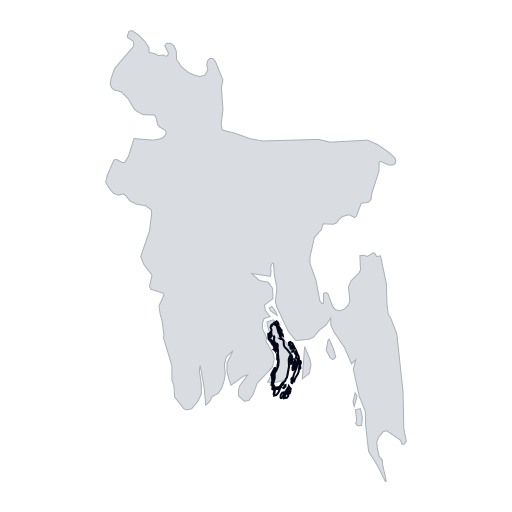 location of Bhola, Barisal, Bangladesh
{"feature_id": "16705992B37732832620169", "entity_name": "Bhola", "entity_type": "district", "adm_level": 2, "iso_a3": "BGD", "parent_name": "Bangladesh", "parent_adm1": "Barisal", "projection": "natural_earth1", "projection_center": [90.703, 22.35], "detail": "fine", "context": "in_parent", "style": "outline", "palette": "ink", "viewbox_px": 512, "rotation_deg": 0, "n_neighbors": 0, "source": "geoboundaries", "source_scale": "gbopen_adm2", "svg_char_len": 9789}
<svg xmlns="http://www.w3.org/2000/svg" viewBox="0 0 512 512"><path d="M171.9,379.8L171.9,365.7L163.5,337.8L163.9,334.8L162.2,321.4L160.1,313.9L159.0,306.0L164.1,294.6L162.1,292.8L150.8,289.3L149.5,286.4L152.0,275.1L143.9,264.5L140.7,256.6L149.5,231.0L151.7,213.2L151.1,209.8L145.8,205.8L136.5,204.2L129.9,200.9L126.0,195.9L122.8,193.8L118.7,195.3L113.6,193.4L109.3,188.4L105.7,182.3L107.1,175.7L114.0,159.9L116.5,159.5L122.4,162.5L124.6,162.5L128.5,156.3L134.0,138.6L152.9,140.1L157.5,139.5L162.2,138.1L164.8,135.9L166.2,133.1L165.7,130.6L160.0,127.3L157.7,124.8L156.1,117.7L154.4,115.0L143.0,114.7L137.1,111.4L133.9,108.5L128.2,98.8L121.1,91.7L114.2,90.0L111.6,87.7L110.2,84.0L111.0,78.7L114.6,68.5L133.4,46.5L133.9,44.0L133.2,41.2L127.7,37.7L127.4,35.9L129.0,31.3L132.1,30.7L138.5,34.9L145.1,41.7L149.0,47.8L149.1,52.5L154.2,53.5L158.5,55.6L162.9,55.0L165.8,56.2L167.7,55.7L168.5,53.0L164.8,46.0L166.6,43.2L170.9,43.3L174.0,45.9L176.3,51.2L176.6,59.5L181.7,67.0L188.3,72.4L193.5,74.8L199.8,76.6L205.2,74.9L207.9,69.6L206.7,65.0L207.6,60.8L209.7,58.5L213.1,58.6L215.6,61.9L222.9,79.9L221.4,87.8L223.0,109.6L221.1,124.0L222.2,129.5L223.5,130.4L234.5,133.1L250.6,138.9L262.8,141.0L318.3,139.4L330.4,142.2L367.4,140.1L377.5,144.6L388.5,152.1L394.7,157.6L395.8,160.8L395.1,163.5L393.1,165.0L389.3,165.1L380.6,161.5L379.1,162.5L379.0,171.1L372.0,192.7L371.0,199.4L368.5,202.1L361.2,203.4L356.4,216.0L354.4,217.6L349.6,214.8L346.6,215.3L342.8,216.4L339.1,219.3L336.5,222.9L333.6,224.2L323.2,223.9L321.2,229.8L314.4,237.4L309.8,257.7L310.1,263.9L315.9,280.1L319.9,301.0L321.5,303.2L323.4,303.4L323.5,293.7L325.4,292.5L327.8,293.6L332.7,306.5L335.5,309.8L339.8,310.8L344.7,308.8L348.4,305.0L349.8,300.9L348.5,286.8L350.9,281.0L359.3,272.5L360.5,269.8L359.9,255.7L363.1,255.2L367.4,256.4L372.8,253.0L374.4,252.9L376.7,256.5L380.5,255.9L386.4,283.9L386.9,303.7L388.3,314.7L390.3,317.2L396.8,333.7L403.0,391.7L403.8,428.6L406.3,441.1L404.3,443.9L402.2,444.5L400.3,440.1L386.6,430.7L383.2,431.7L378.6,437.1L376.7,442.1L377.5,449.2L379.1,456.2L382.3,460.2L382.6,464.6L386.3,481.2L385.2,481.3L377.8,466.2L368.6,451.4L365.6,424.8L365.4,411.6L359.2,396.2L353.3,369.3L355.8,359.8L351.5,363.9L344.7,347.8L334.0,332.0L330.8,325.0L330.7,318.1L326.1,325.0L319.8,329.8L313.5,337.1L309.2,339.2L295.8,340.6L288.0,330.9L276.9,307.2L275.4,301.8L276.9,287.9L274.3,274.7L273.5,263.1L271.5,264.1L270.7,267.3L271.1,272.2L270.3,276.3L251.7,273.6L259.6,280.6L268.2,282.2L272.6,288.4L272.9,298.7L264.5,305.0L265.2,310.2L270.1,316.6L264.2,318.4L262.6,322.6L262.4,328.5L266.6,337.6L265.9,341.2L272.9,353.1L274.3,358.9L272.5,367.0L257.2,383.3L252.8,394.9L249.0,400.3L244.3,401.3L238.6,395.9L238.5,390.2L239.7,385.7L247.7,374.9L243.3,376.3L231.0,385.3L228.6,378.0L227.0,371.3L227.0,363.1L233.0,350.7L226.3,356.9L224.4,364.6L225.2,373.6L224.3,380.0L221.6,388.4L218.0,393.4L212.2,396.6L209.6,401.6L205.7,405.2L204.3,388.4L200.2,365.6L199.3,370.5L201.4,384.6L201.3,393.8L198.1,401.0L191.6,408.8L186.7,409.9L183.8,408.7L174.6,397.0L173.9,385.9L171.9,379.8ZM284.8,380.1L273.4,382.9L267.7,382.0L278.5,361.6L278.1,352.4L276.4,345.0L270.9,339.0L270.6,334.7L268.2,328.8L266.9,322.0L273.0,319.8L277.9,323.7L279.7,331.5L282.2,337.3L290.7,349.3L290.6,356.7L288.2,374.6L284.8,380.1ZM309.2,373.4L302.3,378.9L304.6,346.6L309.7,358.6L311.0,365.0L309.2,373.4ZM335.8,357.3L332.7,359.6L329.9,357.6L326.2,350.0L328.0,340.4L329.2,339.1L333.5,348.9L335.8,357.3ZM361.6,425.4L357.6,425.8L355.7,423.5L356.6,420.2L355.5,409.8L360.5,408.7L362.4,417.5L361.6,425.4ZM357.1,396.1L354.2,406.5L353.0,401.9L355.1,392.8L357.1,396.1ZM276.0,312.1L277.1,315.4L270.8,311.1L269.1,308.0L271.9,306.4L276.0,312.1Z" fill="#d9dde1" stroke="#a8b0b8" stroke-width="1"/><path d="M270.8,332.1L271.1,332.2L271.1,331.9L271.4,331.5L271.2,332.3L271.9,336.2L271.7,335.8L271.1,336.8L269.1,337.9L268.9,338.8L270.2,339.2L272.4,341.2L273.4,342.8L274.6,343.5L274.5,341.6L273.8,340.3L274.2,337.3L273.6,335.5L274.4,337.3L273.8,340.3L274.5,341.3L274.6,342.9L277.0,343.7L277.6,344.5L277.8,345.5L277.6,347.7L278.0,350.7L277.9,354.0L278.3,356.5L278.1,358.4L278.4,359.0L278.5,358.2L278.7,361.2L278.3,365.7L276.5,370.2L274.0,374.2L274.7,373.9L274.7,378.2L273.0,384.2L275.1,387.5L276.7,387.5L278.7,387.1L280.1,386.2L282.4,382.9L285.1,381.0L286.0,378.7L287.0,377.3L289.0,366.4L288.7,359.7L289.3,357.4L290.5,355.1L290.6,354.1L287.3,349.7L284.5,346.8L283.8,344.7L283.6,340.8L283.2,340.1L282.3,339.1L280.7,339.0L280.4,338.8L281.5,338.8L279.8,336.0L279.7,334.5L278.5,332.7L276.7,325.9L274.8,324.5L273.3,324.1L272.1,324.5L271.9,325.6L271.2,325.4L270.6,327.4L271.4,329.3L271.5,330.6L270.8,332.1ZM299.4,365.4L298.5,360.2L297.4,360.4L297.5,363.5L296.7,367.4L294.1,373.7L292.5,379.4L292.5,379.8L292.7,379.3L292.9,380.9L293.5,381.4L294.1,381.2L295.0,378.6L297.9,373.7L298.7,371.5L299.4,365.4ZM279.8,389.1L275.4,389.0L274.9,390.2L274.1,395.6L276.3,395.1L278.4,392.5L279.8,389.1ZM295.0,348.6L292.4,343.4L290.2,341.9L289.0,342.6L289.0,343.1L291.2,345.7L294.1,348.5L295.0,348.6ZM271.8,383.1L272.6,382.3L273.7,378.7L273.1,374.2L273.5,373.1L273.2,372.4L272.3,372.7L271.3,375.2L272.2,376.2L272.0,377.6L272.3,380.3L271.8,383.1ZM284.2,398.2L287.0,397.7L288.2,396.1L288.4,395.0L287.3,393.9L286.6,393.7L287.7,392.7L286.7,392.9L285.6,394.4L284.4,397.4L284.2,398.2ZM281.6,398.1L282.5,397.4L283.8,394.0L283.4,392.4L282.2,392.7L280.8,394.9L280.5,397.3L280.8,398.0L281.6,398.1ZM275.9,344.0L275.4,343.9L274.1,344.1L273.3,345.4L275.0,348.6L275.6,349.0L275.6,348.7L276.4,348.9L276.4,348.4L276.0,346.3L275.2,344.9L276.1,345.9L276.0,344.7L276.3,345.5L276.8,344.5L275.6,344.1L275.1,344.1L275.3,344.6L275.0,344.2L274.3,344.3L275.0,344.0L275.9,344.0ZM298.7,356.6L297.6,354.3L296.7,354.7L296.1,356.2L296.4,357.9L297.2,358.6L298.9,358.6L298.7,356.6ZM268.4,337.0L269.1,337.0L269.2,336.7L269.4,335.2L268.9,334.4L269.4,334.8L269.7,336.5L270.1,335.0L269.9,336.6L270.4,336.6L271.0,335.9L270.5,336.5L271.0,336.6L271.4,335.1L271.0,332.6L270.6,332.6L270.2,333.6L269.6,333.2L269.2,333.7L268.3,333.8L268.4,337.0ZM290.8,388.9L289.9,387.8L288.9,388.5L288.4,389.8L288.8,392.4L289.5,393.3L289.9,393.0L289.5,391.8L289.8,391.5L290.2,391.8L290.4,391.3L290.3,389.0L290.6,389.2L290.8,388.9ZM273.4,323.7L276.3,324.2L277.8,323.9L278.2,323.4L277.7,322.2L276.6,321.3L276.2,321.8L275.5,322.0L275.4,322.5L273.9,322.9L273.4,323.7ZM281.6,330.3L280.1,328.5L279.4,330.6L281.1,334.2L281.6,331.2L280.8,330.4L281.4,330.6L281.6,330.3ZM272.3,372.4L275.0,371.3L275.3,370.5L275.3,368.1L274.6,368.1L272.3,372.4ZM293.2,347.9L290.0,344.8L289.7,344.8L290.3,346.1L290.6,348.5L291.7,348.9L293.2,348.5L293.2,347.9ZM287.5,391.4L287.4,390.4L288.4,388.0L288.3,387.3L285.0,392.2L284.9,393.8L285.8,392.0L287.5,391.4ZM272.5,388.1L273.6,388.8L274.7,387.9L272.7,384.8L272.1,385.3L272.7,387.4L272.5,388.1ZM292.7,359.3L292.0,359.3L292.2,357.0L291.9,356.2L290.5,359.2L290.9,361.1L291.9,360.5L292.7,359.3ZM296.2,350.9L295.3,351.6L295.0,353.4L295.9,354.5L297.3,353.8L296.2,350.9ZM292.8,370.9L293.6,366.5L293.5,363.9L292.4,367.8L292.8,370.9ZM294.0,364.8L295.0,361.6L295.2,361.1L294.9,360.0L293.5,363.4L294.0,364.8ZM292.2,383.2L292.7,382.0L292.5,380.5L291.9,379.9L291.5,380.6L291.4,382.4L291.8,383.1L292.2,383.2ZM281.6,385.7L283.2,384.0L283.5,382.9L282.4,383.3L281.1,385.8L281.6,385.7ZM269.5,340.0L270.4,341.2L270.9,341.2L272.7,342.5L270.1,339.4L269.8,339.4L269.5,340.0ZM272.3,344.4L272.9,344.8L273.2,344.5L273.1,344.8L273.6,344.3L273.1,344.0L273.7,343.9L272.8,343.1L272.0,343.3L272.7,343.0L272.5,342.9L273.1,343.1L272.7,342.7L271.6,342.6L272.3,344.4ZM294.4,369.0L295.2,366.7L295.3,364.7L294.9,364.9L294.1,368.8L294.4,369.0ZM300.6,364.3L300.9,362.2L300.6,361.2L300.0,360.9L299.9,362.1L300.6,364.3ZM300.1,365.0L300.4,363.9L299.3,361.8L299.4,363.2L300.1,365.0ZM284.3,386.7L285.4,386.6L285.5,385.1L284.7,385.4L284.3,386.7ZM277.2,355.3L277.6,356.0L278.0,357.0L277.7,353.0L277.2,355.3ZM277.2,359.4L277.6,359.6L277.7,360.4L277.6,357.6L277.2,357.3L277.2,359.4ZM278.1,364.3L278.4,361.4L278.3,359.5L277.8,364.2L278.1,364.3ZM279.2,388.6L280.1,387.9L280.3,387.3L278.3,388.0L279.2,388.6ZM292.2,351.7L293.0,351.8L293.4,350.7L292.4,350.9L292.2,351.7ZM278.2,324.2L277.7,323.9L276.1,324.4L277.1,324.9L278.2,324.2ZM294.5,363.8L295.4,363.1L295.2,361.6L294.5,363.8ZM274.2,391.5L273.5,394.7L273.9,394.2L274.4,390.1L274.3,389.5L273.9,389.9L274.2,390.2L274.2,391.5ZM282.7,334.9L282.4,333.8L282.0,333.5L281.8,335.0L282.7,334.9ZM291.5,379.3L292.3,378.7L292.5,377.3L291.3,379.1L291.5,379.3ZM271.6,342.6L272.5,342.5L270.5,341.3L270.9,341.8L271.6,342.6ZM273.3,389.6L273.4,389.2L272.4,388.3L272.3,389.1L273.3,389.6ZM289.6,345.3L289.7,344.6L289.0,344.2L289.2,345.9L289.2,345.3L289.6,345.3ZM275.3,351.0L275.4,350.0L274.4,350.0L274.9,350.4L275.3,351.0ZM289.0,387.7L289.4,387.3L288.8,386.2L288.6,386.9L289.0,387.7ZM283.8,388.2L284.1,387.9L284.6,387.3L283.3,387.9L283.8,388.2ZM268.5,339.2L268.5,338.3L269.0,337.1L268.4,337.2L268.5,339.2ZM277.4,366.9L277.9,365.9L278.0,364.5L277.9,364.5L277.4,366.9ZM300.3,366.1L300.0,367.1L300.3,368.3L300.4,368.2L300.3,366.1ZM292.0,362.5L292.1,361.5L291.4,362.4L292.0,362.5ZM269.3,339.8L269.6,339.1L268.9,338.9L268.9,339.5L269.3,339.8ZM276.1,351.1L276.3,349.9L275.4,349.6L275.9,350.2L276.1,351.1ZM277.7,356.8L277.5,355.9L277.2,355.6L277.2,356.3L277.7,356.8ZM280.5,336.4L280.3,335.4L280.0,335.1L279.9,335.6L280.5,336.4ZM297.1,363.7L297.2,363.0L297.0,362.4L296.8,362.8L297.1,363.7ZM279.0,327.9L278.3,327.8L278.6,328.4L279.0,327.9ZM277.4,352.1L277.8,351.2L277.4,350.8L277.4,352.1ZM278.9,326.4L278.6,326.4L278.2,326.8L278.7,326.9L278.9,326.4ZM290.1,361.3L290.2,360.8L290.0,360.2L289.8,360.8L290.1,361.3ZM291.1,363.9L291.3,363.8L291.5,363.3L291.1,363.4L291.1,363.9ZM280.7,387.1L281.4,386.2L280.5,386.9L280.7,387.1ZM282.8,335.7L282.7,335.2L282.4,335.2L282.5,335.5L282.8,335.7ZM292.6,380.2L292.2,379.5L292.1,379.4L291.9,379.8L292.6,380.2Z" fill="none" stroke="#020617" stroke-width="2"/></svg>